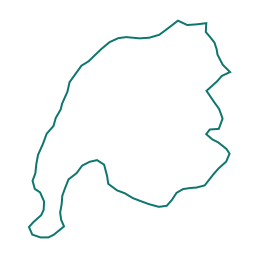 Stylloi, Cyprus (Natural Earth projection), rotated 86°
{"feature_id": "46923920B22969958505776", "entity_name": "Stylloi", "entity_type": "district", "adm_level": 2, "iso_a3": "CYP", "parent_name": "Cyprus", "parent_adm1": "", "projection": "natural_earth1", "projection_center": [33.836, 35.162], "detail": "fine", "context": "isolated", "style": "outline", "palette": "teal", "viewbox_px": 256, "rotation_deg": 86, "n_neighbors": 0, "source": "geoboundaries", "source_scale": "gbopen_adm2", "svg_char_len": 1189}
<svg xmlns="http://www.w3.org/2000/svg" viewBox="0 0 256 256"><g transform="rotate(86 128 128)"><path d="M79.3,22.3L71.5,29.1L61.0,33.6L55.5,34.1L48.8,35.8L42.2,40.3L37.7,43.7L28.9,42.6L29.4,52.1L29.4,61.7L24.4,70.7L30.0,79.1L37.2,90.3L39.4,100.4L39.4,110.0L37.2,123.5L37.7,131.4L41.0,140.3L47.1,148.8L52.7,155.5L58.8,162.8L62.6,170.1L68.7,175.2L78.2,183.1L87.6,185.9L99.2,192.1L104.7,193.8L113.0,199.4L120.8,202.2L128.0,209.5L138.0,214.0L148.5,219.6L157.3,221.9L166.8,223.6L174.0,226.9L182.3,225.2L186.1,220.2L195.6,216.8L203.9,217.9L208.9,220.7L215.5,229.2L219.9,233.7L227.7,230.9L231.0,223.0L231.6,215.1L229.3,209.5L221.7,198.7L214.9,201.1L207.7,201.6L198.9,199.4L191.1,198.3L184.5,195.4L175.1,190.9L169.5,182.5L162.3,176.3L159.0,168.5L157.9,161.1L162.9,154.4L174.5,152.2L182.3,151.6L189.5,143.2L192.8,135.9L198.3,128.0L202.2,119.6L205.5,112.2L208.8,102.7L208.3,94.8L202.8,89.2L196.1,84.1L192.8,77.4L192.2,70.1L192.2,63.9L190.6,55.5L185.0,50.4L180.0,45.9L174.5,40.3L168.4,32.4L160.7,28.5L155.7,31.3L148.5,39.2L145.2,44.8L139.6,50.4L135.2,46.5L135.2,37.5L125.2,33.0L115.3,35.8L108.1,40.3L96.4,47.1L87.6,35.8L82.6,30.8L79.3,22.3Z" fill="none" stroke="#0f766e" stroke-width="2"/></g></svg>